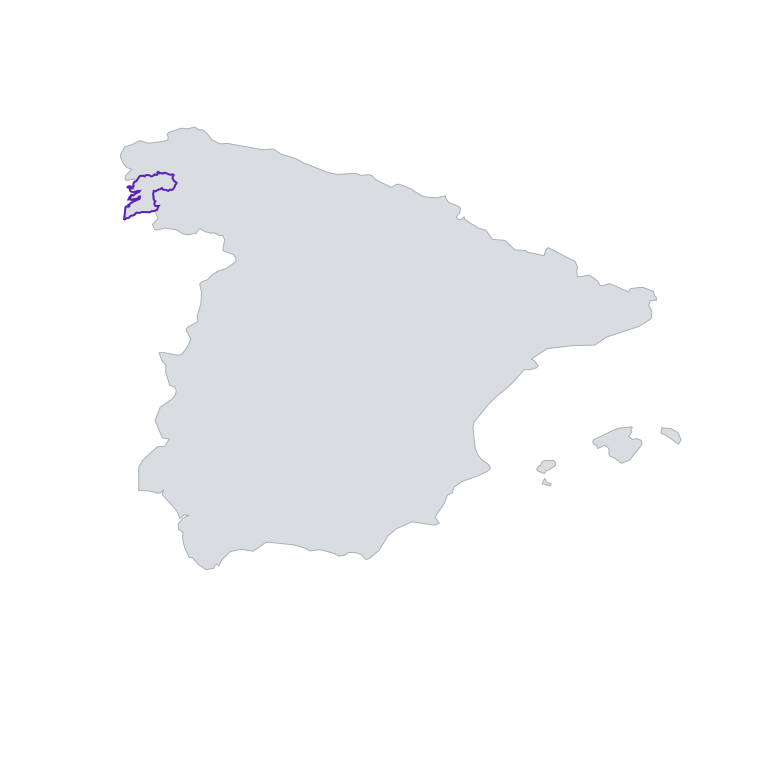 where Pontevedra sits in Spain, rotated 11°
{"feature_id": "ESP-5840", "entity_name": "Pontevedra", "entity_type": "Autonomous Community", "adm_level": 1, "iso_a3": "ESP", "parent_name": "Spain", "parent_adm1": "", "projection": "natural_earth1", "projection_center": [-8.552, 42.371], "detail": "fine", "context": "in_parent", "style": "outline", "palette": "violet", "viewbox_px": 768, "rotation_deg": 11, "n_neighbors": 0, "source": "natural_earth", "source_scale": "10m", "svg_char_len": 6345}
<svg xmlns="http://www.w3.org/2000/svg" viewBox="0 0 768 768"><g transform="rotate(11 384 384)"><path d="M408.7,187.6L408.8,189.5L412.4,193.2L423.1,195.4L425.8,196.9L425.4,201.9L423.0,206.3L425.3,208.2L427.9,208.1L430.9,204.6L431.6,206.9L436.5,209.0L447.2,213.0L454.8,213.6L462.8,221.4L475.4,219.9L487.0,227.5L497.6,225.8L500.0,227.3L516.6,227.5L517.3,221.3L519.2,218.8L548.3,227.4L551.9,232.7L551.4,235.3L553.2,241.5L556.9,241.2L564.4,237.8L574.3,242.1L577.1,245.9L579.1,246.2L586.4,242.4L606.5,246.9L607.2,244.0L608.5,243.1L616.8,240.4L620.2,239.8L631.0,241.8L632.4,245.4L634.6,246.7L635.5,249.7L629.4,251.5L628.9,256.8L633.0,261.2L633.8,268.9L623.4,278.8L593.4,295.5L583.7,305.5L561.0,310.6L537.5,318.1L523.8,331.4L527.5,332.5L531.9,337.0L530.5,339.1L524.5,342.2L519.0,343.1L509.1,359.6L495.4,376.6L490.3,384.3L479.6,404.2L479.7,410.0L485.8,429.8L489.2,435.0L493.8,439.4L502.3,443.2L504.5,446.8L501.7,450.3L493.4,456.5L478.9,464.9L472.8,471.6L471.6,478.0L467.4,480.9L466.0,489.8L460.4,502.3L460.1,505.5L464.8,510.1L460.3,512.9L437.6,514.0L423.6,523.8L416.8,532.4L410.7,548.5L403.1,558.0L399.7,559.8L394.3,555.6L387.6,555.0L381.2,556.3L377.9,559.7L372.6,561.5L367.4,559.9L356.2,559.0L351.2,559.2L343.5,561.9L336.8,560.1L325.5,559.2L301.2,561.3L298.1,562.3L287.4,573.2L275.6,573.4L265.0,577.8L257.9,588.4L256.5,594.1L254.4,592.7L252.8,593.2L252.0,597.5L244.6,600.2L236.3,596.7L229.3,591.4L225.7,591.1L219.7,582.9L217.2,577.7L215.3,572.1L215.2,568.1L210.0,565.9L208.6,560.7L212.4,554.0L217.4,550.3L212.7,550.6L209.3,554.9L204.9,548.0L187.1,534.6L188.1,529.8L185.1,533.4L183.1,534.3L174.0,533.8L163.6,535.4L159.1,512.6L161.8,504.6L173.4,489.0L180.7,486.9L183.6,478.8L176.9,479.2L166.2,463.7L168.9,449.3L179.4,438.5L181.1,434.2L181.5,430.2L179.5,427.3L173.7,425.8L167.6,414.4L166.3,407.3L161.4,403.3L157.3,396.3L160.9,395.2L176.0,395.2L179.6,393.4L182.3,388.7L185.1,380.9L185.7,376.2L179.8,369.4L179.6,368.0L180.4,365.7L189.5,358.2L187.6,352.6L189.0,340.9L188.2,334.0L187.2,328.3L184.0,321.0L186.0,318.1L190.7,315.5L194.5,309.6L200.0,304.6L207.2,300.6L215.5,291.9L214.1,288.0L211.3,285.7L200.9,284.1L200.1,282.3L200.1,272.8L197.4,269.0L193.6,269.5L187.9,267.8L186.5,268.9L179.2,268.6L174.0,266.9L171.9,268.3L171.2,271.7L162.7,275.1L157.9,275.0L149.9,272.0L140.9,273.0L139.8,272.3L132.1,276.2L129.5,276.3L126.3,271.6L130.5,264.8L126.8,258.4L124.5,258.2L110.2,262.9L101.9,269.1L98.6,269.9L97.4,268.8L97.0,260.0L105.7,250.6L100.2,249.9L100.5,247.2L104.0,242.9L100.4,239.7L100.4,230.2L92.6,233.2L90.6,232.8L90.6,229.0L95.3,221.4L90.3,220.6L86.5,217.7L81.8,211.5L81.8,208.2L84.3,200.6L91.1,197.0L97.7,191.7L106.9,192.6L120.5,188.2L125.2,185.8L125.0,182.6L123.4,180.3L124.8,178.0L135.9,171.7L142.5,171.0L149.3,167.8L153.8,169.9L157.8,169.2L162.4,171.6L168.5,177.2L177.3,179.5L184.3,177.7L220.3,177.2L230.5,174.4L238.5,177.9L253.9,179.5L263.2,182.4L288.8,187.1L298.0,187.2L316.6,182.5L321.6,183.7L329.0,181.4L332.6,181.9L337.3,185.2L353.8,189.6L358.0,185.8L361.1,185.0L373.0,187.3L384.9,192.0L391.1,192.4L400.1,191.1L408.7,187.6ZM634.3,389.1L638.6,391.0L643.1,389.3L645.5,389.8L647.9,390.7L648.6,394.3L639.7,411.7L632.2,416.5L624.3,412.7L619.8,411.8L618.4,410.4L617.1,404.8L615.0,403.0L612.0,402.2L606.1,406.6L604.2,403.6L601.3,403.1L600.1,401.3L600.1,399.0L618.1,385.5L623.3,382.5L634.5,379.0L636.2,379.6L634.8,381.6L636.4,383.6L634.3,389.1ZM686.2,382.0L684.7,386.9L670.6,380.4L666.1,379.7L665.0,378.7L665.3,373.9L674.4,373.2L681.9,375.6L686.2,382.0ZM560.0,437.9L558.5,441.3L551.7,440.1L550.1,438.7L551.5,434.8L553.4,434.4L553.4,431.6L555.4,428.8L565.0,426.6L567.2,428.4L567.8,431.2L562.2,437.1L560.0,437.9ZM567.2,451.7L566.2,452.4L558.7,451.8L558.5,449.5L559.9,446.3L562.7,449.5L567.1,450.1L567.2,451.7Z" fill="#d9dde1" stroke="#a8b0b8" stroke-width="1"/><path d="M126.4,257.3L125.1,258.2L124.3,258.5L123.5,258.5L123.2,258.6L122.8,258.8L121.7,259.8L120.9,260.2L114.1,261.2L113.3,261.5L111.8,262.5L110.9,262.8L109.3,262.8L108.5,263.0L107.8,263.5L107.4,264.1L106.9,265.3L106.6,265.8L105.7,266.4L104.6,266.7L103.6,267.2L103.1,267.5L102.6,268.5L101.9,269.3L101.1,270.0L100.2,270.2L99.4,270.6L98.7,271.4L98.0,272.0L97.3,271.8L97.4,271.0L96.5,260.2L96.7,259.2L97.2,258.8L98.9,258.8L99.7,258.6L100.1,258.0L99.9,257.6L99.0,257.2L98.8,256.9L99.0,256.7L100.2,256.1L100.3,255.9L100.4,255.4L100.6,254.8L101.1,254.6L101.3,254.4L102.1,253.5L104.5,251.8L105.0,251.6L105.2,251.4L106.7,250.2L107.4,249.9L108.3,249.3L108.6,249.0L108.8,248.6L108.8,246.9L108.7,246.5L108.6,246.4L108.2,246.5L107.5,247.1L107.1,248.2L106.4,249.2L105.3,249.6L104.4,249.8L102.1,250.9L101.6,251.3L101.1,251.5L98.8,251.3L97.9,251.6L98.1,250.9L98.5,249.6L98.6,248.9L98.8,248.9L99.5,249.7L99.7,249.3L99.7,247.5L99.7,247.1L99.6,246.8L99.7,246.7L100.3,246.5L101.9,246.9L102.1,246.8L102.5,246.0L104.1,244.2L104.9,243.5L106.3,242.7L107.0,242.1L107.3,241.3L106.9,241.5L106.5,241.4L106.1,241.3L105.7,241.3L105.5,241.5L104.5,242.0L103.4,242.8L102.8,243.2L101.8,243.4L100.4,243.5L99.0,243.4L97.9,242.7L97.6,242.1L97.4,241.1L97.0,240.5L96.5,240.2L94.9,239.9L94.6,239.7L95.0,239.2L95.8,238.7L96.7,238.3L97.3,238.2L97.9,238.4L98.2,238.8L98.2,239.4L97.6,239.7L98.0,239.9L98.6,240.2L99.3,240.3L99.7,240.1L99.9,239.5L99.8,238.9L99.8,238.3L100.4,237.9L99.8,235.9L99.8,235.0L99.9,234.1L100.3,233.5L100.9,233.0L101.4,232.9L102.0,232.2L103.6,228.8L104.0,227.5L104.6,226.5L107.7,225.5L109.4,225.9L109.6,225.8L109.7,225.7L109.7,225.4L109.8,225.1L110.0,224.8L110.7,224.3L114.0,223.8L115.4,224.5L116.0,224.6L116.6,224.4L117.6,223.7L118.9,221.9L120.6,222.4L121.1,222.2L121.4,221.8L121.5,221.3L121.5,220.6L121.2,219.6L121.2,219.3L121.4,219.0L121.7,218.8L122.0,218.8L122.3,218.9L122.6,219.3L122.8,219.8L123.0,220.1L123.4,220.2L124.6,219.5L125.1,219.3L126.5,219.7L126.9,219.6L127.2,219.4L127.7,218.7L128.5,218.4L134.0,219.4L134.7,219.3L136.2,218.6L137.7,219.0L137.0,221.6L137.1,222.4L139.2,224.7L140.1,225.2L141.5,225.7L142.0,226.2L142.0,227.0L141.2,228.1L141.0,228.7L140.9,230.5L139.3,233.6L138.0,234.2L136.9,234.0L136.5,234.1L135.6,235.5L135.4,235.7L133.2,235.1L129.7,235.3L128.5,234.0L126.8,235.8L125.2,236.3L122.9,238.5L121.2,238.4L121.3,238.8L121.1,241.8L121.5,242.9L122.2,244.2L122.2,244.5L122.1,245.4L122.2,245.7L123.6,247.8L124.0,248.1L124.7,248.3L124.1,250.3L124.1,251.0L124.4,251.5L125.4,252.7L125.8,252.9L129.0,252.1L128.3,254.1L128.1,256.2L126.4,257.3Z" fill="none" stroke="#5b21b6" stroke-width="2"/></g></svg>